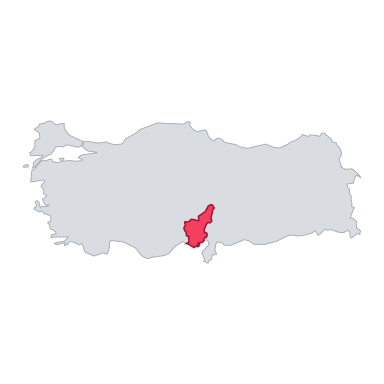 Adana highlighted on a map of Turkey
{"feature_id": "TUR-3018", "entity_name": "Adana", "entity_type": "Province", "adm_level": 1, "iso_a3": "TUR", "parent_name": "Turkey", "parent_adm1": "", "projection": "mercator", "projection_center": [35.602, 37.508], "detail": "fine", "context": "in_parent", "style": "filled", "palette": "rose", "viewbox_px": 384, "rotation_deg": 0, "n_neighbors": 0, "source": "natural_earth", "source_scale": "10m", "svg_char_len": 5519}
<svg xmlns="http://www.w3.org/2000/svg" viewBox="0 0 384 384"><path d="M302.6,134.5L308.1,136.5L309.9,135.0L315.0,135.2L319.5,136.3L322.0,133.0L325.1,133.4L325.7,135.1L327.2,135.7L331.9,139.9L331.4,140.4L332.5,142.0L336.5,143.0L336.9,145.1L340.0,148.3L341.6,153.2L340.7,156.6L338.9,158.7L341.4,166.0L340.6,166.9L345.5,169.3L351.6,168.9L353.6,169.9L359.5,175.7L361.0,177.9L356.9,175.2L354.6,177.5L353.4,183.1L346.9,184.1L347.9,187.8L349.7,189.4L349.1,192.8L349.6,194.2L351.3,196.4L351.1,199.5L351.8,202.7L351.8,206.6L354.5,207.8L353.3,209.6L350.3,217.3L350.5,218.0L352.5,218.1L356.9,221.7L356.2,222.9L356.7,227.9L360.6,231.1L359.9,232.7L360.0,234.4L357.2,233.6L351.5,238.0L350.9,237.9L350.1,236.4L349.9,232.0L348.6,230.8L346.8,230.6L343.7,232.6L340.8,232.5L338.0,232.1L330.5,229.4L327.8,230.3L324.9,229.3L319.3,234.7L317.6,235.1L316.8,232.4L314.8,230.9L312.3,233.0L302.7,235.5L298.3,236.0L292.9,235.1L288.4,235.4L276.2,241.4L264.6,244.5L254.2,244.3L248.5,240.6L244.0,239.7L230.7,245.4L224.2,245.2L222.0,242.8L217.0,241.9L215.9,244.1L214.8,249.5L216.6,254.4L213.8,254.6L212.0,255.7L211.5,259.4L208.9,260.8L208.1,263.1L207.6,263.1L203.5,261.3L204.6,259.5L202.0,252.7L203.3,250.6L208.7,245.0L208.5,241.8L206.2,239.5L199.4,243.6L198.8,245.2L197.2,246.4L194.6,246.9L182.5,241.6L175.4,246.2L169.3,253.0L164.7,255.5L151.2,257.4L148.8,258.7L144.2,257.3L141.4,255.5L135.2,247.8L123.3,241.9L110.8,240.5L109.7,242.0L109.3,248.0L107.3,253.6L106.3,254.2L103.6,252.8L94.0,256.0L85.8,252.4L84.4,250.8L82.5,244.3L81.3,243.8L80.0,244.7L78.6,244.7L72.7,241.8L69.5,241.7L67.6,244.4L64.5,245.6L64.4,244.8L65.7,243.0L60.7,243.3L58.1,244.7L54.5,243.9L54.8,243.1L57.7,242.2L64.3,241.2L68.5,236.9L52.7,237.1L51.2,238.0L50.9,235.8L51.8,234.7L56.0,233.9L55.7,232.0L53.2,230.0L50.4,228.9L49.1,224.1L47.7,222.9L47.9,222.2L50.5,221.4L51.0,217.9L50.6,215.7L45.5,213.9L44.4,214.0L43.1,212.2L40.9,210.8L39.2,211.9L34.0,209.0L34.9,207.0L36.2,207.0L36.5,205.4L35.5,202.6L35.6,201.2L36.7,200.8L37.9,201.1L39.2,202.7L39.4,205.9L40.8,207.7L41.7,205.9L44.1,206.9L48.3,205.9L49.1,205.1L46.0,205.2L44.9,204.4L42.4,199.3L44.9,197.8L46.8,195.3L43.3,193.6L43.9,190.1L40.9,186.1L45.0,180.9L44.8,180.2L43.5,179.9L30.9,182.1L30.7,179.7L31.6,177.7L31.5,172.8L32.1,170.1L34.4,169.3L37.3,165.3L41.9,160.6L46.7,160.7L48.7,159.4L51.6,159.3L52.4,161.2L54.9,162.5L59.4,162.3L61.5,161.0L59.4,158.7L62.0,158.0L64.0,158.5L62.9,161.1L63.5,161.3L69.3,160.5L75.3,161.2L82.0,160.8L82.8,160.0L78.1,157.5L81.1,155.3L82.8,154.8L96.7,152.8L96.8,152.2L88.3,151.1L83.8,148.1L82.6,146.5L83.5,142.5L84.4,141.5L87.5,141.3L98.0,143.1L105.6,142.0L113.8,144.7L121.6,144.1L123.2,142.9L125.2,139.1L136.3,132.8L140.2,129.5L157.4,123.0L183.3,124.1L187.8,121.6L190.4,122.4L189.7,124.1L189.9,125.7L193.0,129.5L197.6,131.7L203.9,129.9L206.3,130.6L208.5,136.6L212.5,140.2L214.4,140.5L216.8,138.4L219.1,138.1L222.9,140.2L224.2,142.3L236.5,144.8L239.1,146.6L247.4,148.4L265.8,144.1L272.6,147.0L278.2,148.0L280.6,147.5L288.1,144.1L290.4,142.2L295.1,140.5L300.9,136.7L302.6,134.5ZM64.4,123.8L64.0,126.5L65.1,129.5L67.7,133.6L70.3,135.7L82.8,141.3L81.1,146.4L77.9,147.2L67.2,144.8L62.9,146.9L59.7,146.3L55.3,147.3L54.1,150.4L51.1,153.9L42.5,158.3L34.7,167.0L32.5,168.1L33.5,165.2L33.4,162.6L36.8,159.6L41.6,157.3L42.9,155.3L30.7,155.7L29.6,153.0L30.8,152.5L34.7,147.7L35.1,145.8L34.7,141.0L39.5,138.3L39.9,137.2L39.1,132.5L34.5,129.8L34.7,128.5L37.9,127.2L39.7,123.9L44.5,123.3L46.7,121.7L50.8,120.9L56.0,125.0L62.0,123.4L64.4,123.8ZM28.4,166.7L24.3,167.4L23.0,166.7L24.3,165.3L27.4,164.4L28.5,165.7L28.4,166.7Z" fill="#d9dde1" stroke="#a8b0b8" stroke-width="1"/><path d="M204.2,240.3L203.5,241.2L203.2,241.4L202.8,241.6L202.2,242.3L201.9,242.5L201.2,242.6L199.8,242.7L199.1,242.9L198.9,243.1L198.7,243.6L198.6,243.4L198.4,243.2L198.2,243.6L198.0,243.8L197.8,244.1L197.9,244.5L198.2,244.1L198.6,244.2L198.6,243.9L198.8,243.9L198.9,244.0L199.0,244.0L199.0,243.8L199.0,243.7L198.9,243.5L199.1,243.4L199.2,243.5L199.3,243.7L199.4,243.9L199.6,243.8L199.8,243.7L200.0,243.6L199.2,244.2L198.7,244.6L198.4,245.1L198.5,245.3L198.7,245.1L199.5,244.2L200.0,244.0L199.3,244.7L199.2,244.9L199.1,245.3L198.9,245.6L198.9,245.9L198.9,246.2L198.7,246.3L198.3,246.5L198.1,246.6L197.5,246.6L197.3,246.6L196.8,246.0L196.6,246.0L196.4,246.0L196.2,246.2L196.2,246.4L196.3,246.4L196.5,246.5L197.1,246.7L196.3,246.5L195.6,246.4L195.4,246.5L195.0,246.7L194.9,246.8L194.7,247.0L194.3,247.2L193.9,247.6L193.6,247.5L193.4,247.1L193.2,247.0L192.9,246.9L188.4,244.2L188.0,244.1L187.4,243.7L187.0,243.5L186.8,243.5L186.5,243.5L187.5,242.8L188.2,242.6L188.9,242.0L189.0,241.4L188.9,240.8L188.6,239.6L188.6,238.3L189.2,236.9L188.5,236.2L187.4,236.3L186.6,235.7L186.2,234.4L186.1,232.1L185.3,231.5L184.6,230.2L184.0,228.9L184.0,227.9L184.1,227.4L184.5,226.7L184.8,226.5L185.1,226.2L185.3,225.2L185.2,224.7L184.8,223.5L184.7,222.4L185.2,221.6L186.1,221.7L187.0,222.0L188.8,221.7L191.1,219.3L194.1,219.6L195.7,220.0L197.9,220.8L198.8,220.4L198.4,216.3L205.0,211.8L205.9,210.5L206.7,208.9L207.2,208.3L207.9,206.4L208.7,205.8L210.1,205.0L211.5,204.6L212.4,205.0L213.1,206.1L213.5,207.2L214.3,208.0L213.3,209.0L212.7,210.4L211.9,214.3L211.3,215.8L211.1,217.2L211.1,217.9L211.2,219.0L211.8,220.4L211.7,221.3L211.1,221.8L210.8,222.0L210.3,222.7L208.9,222.7L207.3,222.8L206.5,224.2L205.5,226.4L204.3,229.3L204.3,231.0L204.8,232.7L205.2,232.6L206.3,232.9L206.9,233.3L207.0,233.6L207.2,234.8L206.9,236.0L206.4,237.3L206.0,237.1L205.7,237.1L205.3,237.3L203.9,239.0L203.9,239.9L204.2,240.3Z" fill="#f43f5e" stroke="#9f1239" stroke-width="1.5"/></svg>